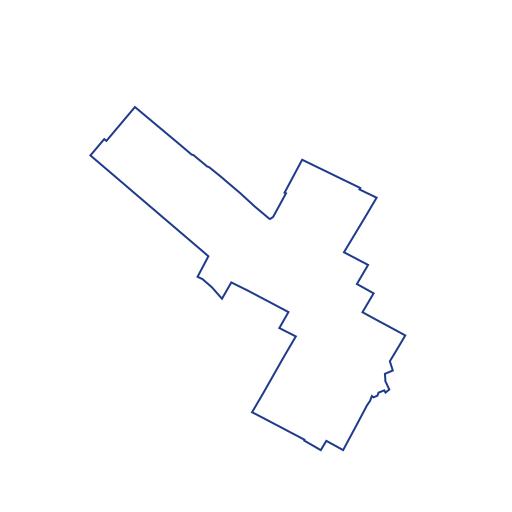 outline of Penobscot, Maine, United States of America, rotated 310°
{"feature_id": "52423323B50427589653668", "entity_name": "Penobscot", "entity_type": "district", "adm_level": 2, "iso_a3": "USA", "parent_name": "United States of America", "parent_adm1": "Maine", "projection": "natural_earth1", "projection_center": [-68.652, 45.52], "detail": "fine", "context": "isolated", "style": "outline", "palette": "blue", "viewbox_px": 512, "rotation_deg": 310, "n_neighbors": 0, "source": "geoboundaries", "source_scale": "gbopen_adm2", "svg_char_len": 1026}
<svg xmlns="http://www.w3.org/2000/svg" viewBox="0 0 512 512"><g transform="rotate(310 256 256)"><path d="M359.4,229.5L322.8,237.2L323.3,238.7L296.9,244.0L293.4,243.0L293.1,242.3L293.1,223.4L294.0,203.3L294.1,182.9L294.2,179.0L293.9,162.9L293.2,161.2L293.1,143.1L292.3,141.5L292.4,123.6L292.3,67.5L248.0,67.4L248.0,64.6L226.6,64.5L225.3,212.9L225.2,219.7L202.5,224.6L203.9,229.8L203.7,242.2L201.4,257.4L219.9,254.1L224.4,272.7L233.9,316.9L215.8,320.2L220.0,338.2L198.0,341.9L155.1,349.8L133.8,353.4L138.0,372.4L146.4,411.2L145.6,411.6L148.9,430.4L159.6,428.7L163.3,447.5L184.5,443.1L192.6,441.4L213.0,437.0L218.4,436.5L223.2,434.8L223.3,436.9L227.0,438.8L230.1,437.7L235.5,440.6L234.6,443.0L239.4,443.9L243.4,435.3L244.6,434.4L248.6,430.5L256.2,434.4L261.4,426.2L276.7,423.8L291.1,421.4L289.4,413.0L286.3,397.8L285.4,393.8L283.0,381.8L281.4,373.7L303.0,370.1L299.4,351.3L321.2,347.6L316.9,327.8L315.4,321.0L358.4,314.2L378.2,310.9L373.5,292.5L375.1,292.2L359.4,229.5Z" fill="none" stroke="#1e3a8a" stroke-width="2"/></g></svg>